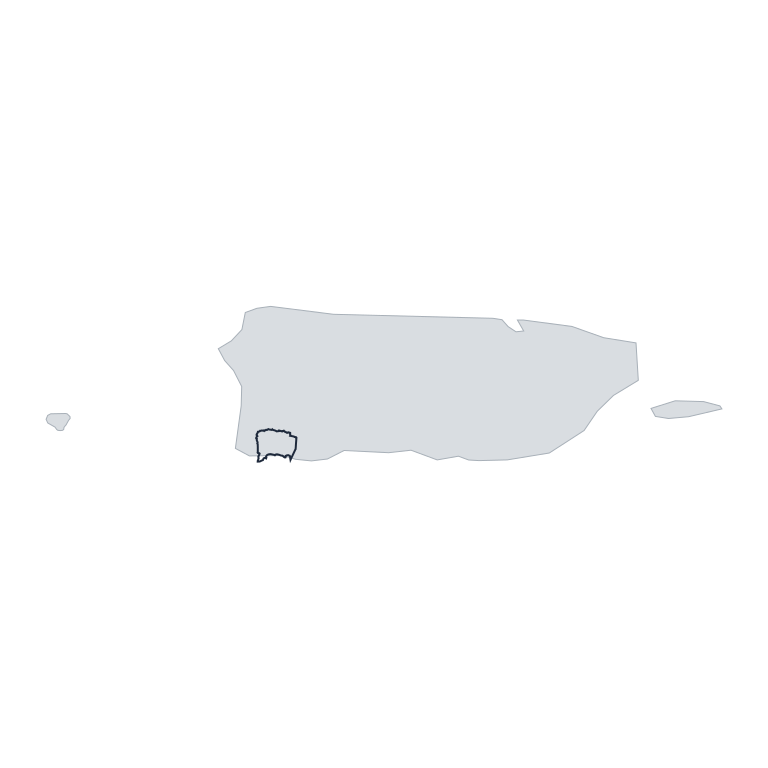 location of Lajas, Puerto Rico
{"feature_id": "32010507B28103012902602", "entity_name": "Lajas", "entity_type": "district", "adm_level": 2, "iso_a3": "PRI", "parent_name": "Puerto Rico", "parent_adm1": "", "projection": "albers", "projection_center": [-67.049, 18.006], "detail": "fine", "context": "in_parent", "style": "outline", "palette": "slate", "viewbox_px": 768, "rotation_deg": 0, "n_neighbors": 0, "source": "geoboundaries", "source_scale": "gbopen_adm2", "svg_char_len": 2896}
<svg xmlns="http://www.w3.org/2000/svg" viewBox="0 0 768 768"><path d="M508.1,326.6L516.0,331.8L523.7,331.0L517.4,320.0L523.1,320.0L572.1,326.5L603.6,337.7L636.0,342.9L638.3,380.3L613.5,395.4L597.3,411.2L584.1,430.5L549.3,453.0L507.2,459.9L479.1,460.6L468.7,460.0L458.4,456.2L437.2,459.9L411.0,450.2L388.6,452.7L344.1,450.5L327.4,459.0L311.4,460.9L295.7,459.3L282.4,455.5L249.4,455.9L235.4,448.4L241.2,405.8L241.7,386.5L233.6,370.6L224.7,360.6L218.3,348.7L231.3,340.9L241.9,329.6L245.3,312.5L256.9,308.3L270.6,306.4L333.5,314.3L492.9,318.3L502.0,319.7L508.1,326.6ZM688.6,416.7L668.5,418.5L655.4,416.4L651.0,408.4L675.2,400.8L703.6,401.6L719.9,405.9L721.9,408.9L688.6,416.7ZM62.6,430.3L60.2,430.6L57.8,430.3L56.7,429.5L55.0,427.1L47.8,423.0L46.1,419.3L47.7,415.4L50.7,413.8L65.5,413.5L67.1,413.8L70.0,416.6L70.1,418.5L68.6,420.3L66.0,425.0L64.9,426.2L64.0,427.4L63.7,429.5L62.6,430.3Z" fill="#d9dde1" stroke="#a8b0b8" stroke-width="1"/><path d="M257.7,461.6L259.8,461.5L261.8,460.5L262.9,460.1L263.6,458.4L264.4,458.0L264.8,457.9L265.5,458.1L266.1,458.4L266.4,457.4L266.2,457.1L266.0,456.8L266.5,455.7L267.3,454.9L268.5,454.4L268.8,454.3L269.0,454.3L270.4,454.1L271.6,454.3L273.8,454.8L274.0,454.8L274.9,455.3L275.2,455.0L275.6,454.6L276.9,454.3L277.0,454.4L277.8,454.5L278.3,454.6L278.5,454.6L279.5,454.9L279.9,455.1L280.9,455.5L281.0,455.5L281.5,455.6L282.2,455.7L282.5,455.7L283.3,456.4L283.4,456.5L284.3,457.2L284.6,457.4L285.5,457.4L285.6,457.1L285.7,456.8L285.7,455.9L287.0,455.3L288.4,455.2L289.7,455.9L289.8,455.9L290.1,456.8L290.2,457.1L290.2,458.1L290.3,458.5L290.5,459.8L295.4,449.4L295.6,449.2L295.8,446.7L295.9,444.9L296.0,443.4L296.4,438.2L296.2,438.2L296.2,437.4L295.9,437.1L294.5,437.0L293.9,436.5L290.2,435.8L290.4,435.4L290.1,434.3L290.3,434.0L290.0,433.4L290.1,432.8L288.3,432.3L287.8,432.8L287.4,432.8L287.0,432.8L286.9,432.5L286.1,432.2L285.3,432.1L284.6,431.3L284.2,431.2L283.8,430.7L283.3,431.0L282.8,431.0L282.5,431.4L282.0,431.4L281.7,431.1L281.2,431.2L279.3,430.5L278.9,430.5L278.9,431.1L277.3,431.3L276.8,431.2L276.5,431.3L276.3,431.1L275.7,430.8L274.6,430.3L274.3,430.3L273.0,429.9L272.4,429.4L272.2,429.8L271.6,429.9L270.1,429.6L269.2,429.5L268.3,429.1L267.9,429.4L267.5,429.7L266.9,430.0L266.5,429.8L266.0,429.8L265.3,430.4L264.8,430.3L264.1,431.0L263.3,430.4L262.7,430.5L262.1,430.7L261.4,430.5L260.2,431.0L260.0,430.9L259.7,431.3L259.2,431.5L258.8,431.6L258.5,431.8L257.9,431.8L257.5,433.1L256.9,433.9L256.6,434.5L256.7,435.3L257.1,435.4L257.4,436.2L256.8,436.7L256.2,437.8L256.2,438.4L256.8,438.7L256.7,439.1L256.8,439.5L256.8,440.4L257.5,442.0L257.6,442.7L257.3,443.5L257.7,444.2L257.8,447.2L257.8,447.7L257.8,451.9L257.6,452.4L257.8,452.9L258.2,453.1L258.8,453.1L259.4,453.3L259.6,453.6L259.2,454.9L258.7,455.6L258.7,456.0L258.3,456.6L258.6,458.4L258.3,459.1L258.2,459.8L257.8,460.6L257.7,461.5L257.7,461.6Z" fill="none" stroke="#1e293b" stroke-width="2"/></svg>